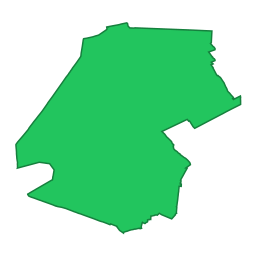 Opmeer, Noord-Holland, Netherlands
{"feature_id": "6326949B74577576920447", "entity_name": "Opmeer", "entity_type": "district", "adm_level": 2, "iso_a3": "NLD", "parent_name": "Netherlands", "parent_adm1": "Noord-Holland", "projection": "equal_earth", "projection_center": [4.959, 52.714], "detail": "fine", "context": "isolated", "style": "filled", "palette": "green", "viewbox_px": 256, "rotation_deg": 0, "n_neighbors": 0, "source": "geoboundaries", "source_scale": "gbopen_adm2", "svg_char_len": 5404}
<svg xmlns="http://www.w3.org/2000/svg" viewBox="0 0 256 256"><path d="M211.9,31.0L192.0,30.1L135.5,27.9L134.9,27.9L133.8,28.1L129.7,27.9L128.0,26.0L127.5,23.4L126.7,22.9L120.9,24.1L119.7,24.5L117.9,24.9L114.5,25.5L110.8,26.2L109.9,26.4L109.5,26.4L109.0,26.5L108.9,26.5L108.5,26.8L108.5,27.0L108.2,27.1L107.7,26.8L106.7,27.0L107.0,29.0L106.6,29.6L104.8,30.9L98.6,35.1L97.2,35.5L95.4,36.0L93.0,36.8L86.3,38.3L85.5,38.4L84.1,38.6L83.7,38.7L83.5,38.9L83.2,40.2L83.1,41.1L82.9,42.4L82.3,46.5L82.0,48.3L81.5,51.3L81.2,53.0L80.9,56.0L80.5,56.9L80.4,57.1L78.4,60.0L77.0,62.0L75.5,64.1L75.2,64.5L74.5,65.4L74.1,66.0L73.6,66.6L72.5,68.1L72.3,68.4L71.5,69.8L71.0,70.3L70.0,71.9L69.6,72.4L68.8,73.5L68.5,74.1L67.9,74.9L66.2,77.0L62.4,82.5L61.1,84.3L58.3,88.3L52.6,96.4L47.9,102.8L47.4,103.7L42.3,111.0L41.3,112.3L38.4,115.9L36.1,118.9L33.8,121.7L32.4,123.6L30.4,126.2L29.0,128.1L28.4,129.3L27.5,130.4L23.7,135.0L17.7,142.0L16.2,144.1L15.9,144.6L15.8,144.9L15.4,144.9L15.5,144.9L15.7,145.0L15.9,145.3L16.1,147.0L16.1,147.3L16.2,148.5L16.3,149.3L16.5,152.4L16.5,153.9L16.8,157.2L16.9,158.6L17.2,160.6L17.4,161.6L17.5,162.2L17.5,163.0L17.4,164.1L17.5,165.1L17.5,167.5L17.5,167.8L17.4,168.1L39.1,162.3L39.6,162.3L43.2,162.8L44.7,163.0L47.3,163.4L49.2,163.6L49.6,163.7L49.7,163.8L50.0,164.2L51.8,166.7L53.9,169.5L54.0,169.7L54.0,169.8L54.1,170.0L53.1,176.0L52.9,176.6L52.7,178.0L52.6,178.9L52.4,179.9L52.1,179.9L30.4,192.5L29.3,193.2L28.4,193.8L28.0,194.0L27.7,194.1L27.7,194.4L27.8,194.6L28.6,195.8L29.0,196.2L31.1,197.1L33.9,198.0L38.2,199.6L48.6,203.3L53.0,204.9L55.1,205.8L55.3,205.9L55.6,206.0L55.6,205.9L55.8,205.9L57.1,206.4L57.8,206.6L60.0,207.0L61.3,207.2L65.9,208.5L70.8,210.4L72.2,210.9L74.1,211.7L76.0,212.3L78.4,213.3L80.3,213.8L83.2,214.9L94.0,218.8L99.4,220.9L101.2,221.5L102.1,221.7L102.9,221.9L108.1,223.9L110.0,224.7L110.6,223.9L116.8,226.3L116.7,226.5L119.6,230.4L123.5,233.1L123.6,232.4L123.8,232.2L124.1,232.1L125.2,231.7L127.9,231.0L128.3,230.7L128.7,230.6L130.9,229.9L132.0,229.7L132.9,229.6L133.6,229.4L134.6,229.1L135.0,229.0L135.3,229.1L135.5,229.1L136.5,228.9L137.0,228.7L138.3,228.5L139.1,228.2L139.3,228.2L139.5,228.5L140.1,228.7L141.3,228.4L141.6,228.2L141.2,227.6L141.3,227.5L141.2,227.2L141.3,226.4L141.5,225.7L141.6,225.0L141.7,224.7L142.0,223.7L142.1,223.3L142.3,222.5L142.3,222.4L142.5,222.3L142.7,222.6L142.9,222.7L144.8,223.5L145.0,223.5L145.2,223.4L145.6,223.0L146.1,222.5L146.6,222.3L147.3,222.0L147.5,221.8L147.6,221.7L147.6,219.8L149.2,219.8L149.3,219.7L149.3,219.4L150.7,219.5L150.8,217.4L150.9,216.1L151.4,216.1L151.9,216.0L153.1,215.7L153.7,215.6L154.3,215.5L154.6,215.2L155.9,215.0L156.0,214.9L156.3,214.9L157.3,215.2L158.0,214.5L159.3,213.3L160.4,213.9L161.4,214.6L171.7,218.9L175.3,214.9L175.2,214.5L175.4,214.2L176.2,213.4L176.6,213.2L176.4,212.8L176.4,212.2L176.8,207.2L176.4,206.8L176.4,206.6L176.5,206.5L176.8,206.2L177.2,203.0L177.6,200.3L177.9,197.4L178.2,194.8L178.3,193.5L178.5,192.4L178.6,191.7L178.7,191.0L178.7,190.1L178.9,188.7L179.1,186.3L179.5,186.3L180.0,186.3L181.2,186.4L181.3,185.2L181.3,184.9L181.3,184.5L180.9,184.6L180.9,183.8L180.2,183.8L180.4,182.4L180.5,182.3L180.9,182.2L181.0,180.9L181.0,180.6L180.9,180.5L180.6,180.5L180.5,180.4L181.3,178.7L183.0,175.7L185.0,172.0L187.1,168.3L185.8,168.0L190.4,164.7L190.3,164.0L190.1,163.5L190.0,163.1L189.6,162.3L188.8,161.5L187.9,160.4L187.6,160.2L187.1,159.6L186.5,159.2L186.0,158.6L185.7,158.4L184.9,157.9L184.5,157.7L184.1,157.5L183.9,157.4L182.8,156.5L182.3,156.2L181.6,155.5L181.3,155.4L181.2,155.3L180.3,154.7L180.2,154.4L180.2,154.2L179.8,153.9L179.7,153.8L179.5,153.6L179.2,153.6L178.9,153.3L178.7,153.3L178.5,153.1L177.7,152.4L177.6,152.1L177.3,151.8L175.8,150.7L175.6,150.7L175.1,150.4L174.9,150.0L174.7,149.8L173.9,149.0L173.7,148.7L173.5,147.9L173.5,147.6L173.5,147.3L173.3,147.0L173.2,146.7L173.3,146.3L173.3,146.0L173.3,145.8L173.4,145.7L173.6,145.7L173.7,144.9L173.7,144.7L173.3,144.3L173.0,144.3L172.9,144.2L172.6,143.9L172.5,143.7L172.3,143.5L172.3,143.4L172.2,143.2L171.9,142.7L171.8,142.4L171.8,142.1L171.7,141.9L171.3,141.4L171.2,141.2L167.4,137.5L166.8,137.1L164.6,134.0L164.1,133.6L161.9,131.5L166.0,129.5L187.2,119.4L188.7,121.2L189.3,120.9L189.8,121.4L193.1,126.7L194.7,128.3L200.1,125.5L206.9,121.9L217.6,116.3L221.8,114.1L222.1,114.0L225.7,112.0L231.7,108.9L240.6,104.4L240.6,102.6L240.6,102.3L240.5,102.0L240.6,101.7L240.6,101.2L240.5,100.6L240.6,100.4L240.6,100.2L240.4,98.7L240.5,98.6L240.5,98.0L240.6,97.8L240.5,97.4L240.6,97.2L240.4,96.0L233.8,99.3L233.5,99.5L233.1,99.1L232.6,98.5L233.5,97.9L233.2,97.6L233.2,97.3L233.0,97.0L232.7,96.7L231.2,95.1L229.5,93.0L229.3,92.8L229.2,92.8L228.7,92.3L228.3,91.9L227.7,91.3L226.7,88.5L226.6,88.3L225.6,86.6L223.9,82.6L223.4,82.0L220.5,77.6L220.2,77.3L219.1,76.6L218.7,76.2L218.4,75.9L218.2,75.8L217.9,75.5L217.3,75.7L216.7,74.9L216.3,74.3L213.1,68.2L212.6,67.5L212.6,67.3L212.8,67.2L212.7,67.1L211.0,64.8L213.1,63.9L212.9,63.7L212.3,63.4L211.5,62.5L211.3,62.2L215.0,60.6L215.0,59.9L214.4,58.9L214.1,58.7L213.7,58.5L213.3,58.3L213.0,58.0L213.0,57.9L213.0,57.7L212.5,56.9L212.4,56.9L212.1,56.9L211.7,56.1L211.6,55.9L211.3,55.7L210.9,55.0L209.7,53.3L208.8,52.3L208.6,52.0L214.6,49.9L215.0,49.7L215.0,48.6L215.0,48.4L214.9,48.3L214.6,48.0L214.1,47.3L213.9,47.0L213.5,46.7L213.0,46.5L212.4,45.6L211.9,45.1L211.6,44.7L211.2,44.4L210.9,43.9L210.6,43.5L210.5,43.4L211.3,42.7L211.9,31.0Z" fill="#22c55e" stroke="#15803d" stroke-width="1.5"/></svg>